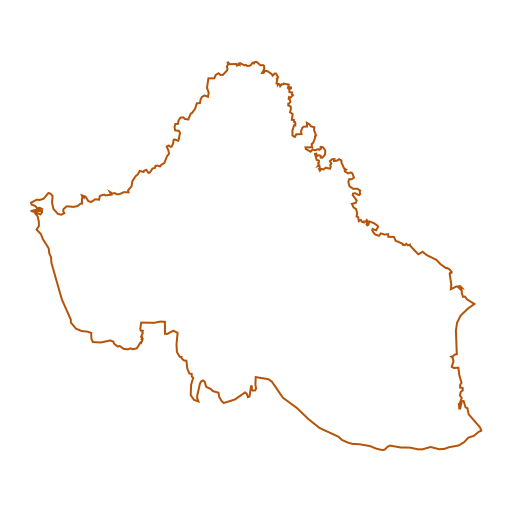 Pabna, Rajshahi, Bangladesh (Robinson projection)
{"feature_id": "16705992B46384724638491", "entity_name": "Pabna", "entity_type": "district", "adm_level": 2, "iso_a3": "BGD", "parent_name": "Bangladesh", "parent_adm1": "Rajshahi", "projection": "robinson", "projection_center": [89.41, 24.081], "detail": "fine", "context": "isolated", "style": "outline", "palette": "amber", "viewbox_px": 512, "rotation_deg": 0, "n_neighbors": 0, "source": "geoboundaries", "source_scale": "gbopen_adm2", "svg_char_len": 5991}
<svg xmlns="http://www.w3.org/2000/svg" viewBox="0 0 512 512"><path d="M249.5,396.5L251.1,386.2L251.8,386.3L251.9,389.7L252.7,390.6L255.1,390.4L256.1,388.5L255.4,384.7L255.7,377.1L268.4,379.2L271.9,381.7L282.9,397.7L296.8,407.9L308.2,418.9L319.4,427.9L338.4,436.7L341.9,439.9L347.9,442.6L352.5,443.9L359.1,444.2L370.1,446.1L376.4,448.7L382.5,450.1L384.9,449.5L387.5,446.8L390.1,445.6L400.9,447.5L410.0,447.6L418.0,449.3L422.4,449.3L430.6,447.0L439.1,449.2L444.3,448.9L449.1,447.2L458.6,445.5L464.1,442.2L468.4,437.6L473.8,435.9L478.6,431.9L481.3,430.7L480.1,427.5L468.7,414.3L467.4,408.1L465.6,407.5L463.6,401.0L461.8,401.2L460.2,408.5L459.3,408.5L458.9,403.9L459.8,403.4L461.7,398.1L459.9,395.4L460.8,391.9L462.8,390.2L462.6,387.9L460.1,387.6L460.2,384.7L461.5,382.9L459.2,374.6L458.4,367.7L453.8,368.0L451.7,366.8L453.5,361.5L452.7,357.9L451.3,356.7L453.1,356.2L454.9,354.5L456.8,354.3L455.9,330.6L457.1,322.6L460.7,315.5L468.1,308.4L474.4,304.0L466.9,299.3L465.0,296.6L463.0,296.8L461.7,292.9L461.8,290.7L459.4,288.3L462.4,288.4L460.1,286.1L456.2,286.6L450.8,289.2L451.3,284.5L449.7,274.0L450.1,272.8L451.4,272.9L451.7,272.1L449.7,269.5L446.9,267.9L446.1,268.2L440.5,264.2L436.5,259.9L426.9,255.2L422.6,251.8L418.3,254.3L410.3,245.9L409.9,244.6L407.9,245.3L406.2,243.8L404.9,245.1L402.8,244.9L402.7,243.7L395.7,240.8L393.9,236.9L388.3,236.8L388.1,234.2L384.6,234.6L380.9,233.4L378.9,235.8L375.0,234.4L372.8,231.6L372.2,230.1L372.6,229.0L376.1,230.3L378.1,226.8L377.6,225.7L373.8,223.1L369.3,221.4L368.4,224.8L367.4,225.3L366.6,224.4L367.3,221.5L366.7,220.1L365.7,221.6L364.0,221.5L363.9,222.4L362.0,221.9L360.8,219.9L358.8,221.1L358.2,217.2L356.6,216.5L357.2,213.1L356.0,209.0L353.5,207.4L351.9,203.9L355.8,202.8L356.7,200.4L352.7,195.2L353.0,193.6L355.1,193.2L359.0,195.1L360.2,194.1L359.7,192.0L360.2,190.7L357.4,188.7L353.2,188.8L349.5,186.3L348.3,181.8L349.3,179.1L351.6,179.3L354.0,177.6L352.3,173.3L350.8,172.4L348.2,173.4L344.9,171.5L344.6,170.3L346.0,169.6L343.9,168.1L341.4,162.4L341.4,160.4L339.1,159.2L337.0,160.6L334.0,161.0L334.4,159.1L332.2,159.2L329.9,161.1L331.3,163.7L330.3,164.9L330.7,166.9L330.0,168.7L325.7,167.7L323.7,169.4L321.4,169.0L319.9,170.8L319.0,168.9L319.8,168.4L319.4,165.6L317.9,166.1L318.7,165.0L318.1,163.1L318.8,162.7L318.9,160.6L316.7,159.9L315.0,153.9L316.3,153.6L316.6,156.1L318.3,155.3L319.9,155.5L320.7,155.9L320.7,157.6L322.4,157.7L325.1,154.4L325.3,150.5L323.0,147.3L321.0,146.8L320.5,147.2L320.9,148.6L319.3,149.8L318.2,149.1L315.0,150.3L312.6,149.5L310.6,151.7L305.9,149.1L305.5,147.4L312.1,147.3L311.6,144.1L313.1,142.9L315.1,137.9L315.0,136.3L316.1,135.6L314.0,130.0L314.3,127.2L310.8,126.3L309.7,124.5L306.8,122.8L307.1,126.5L303.6,126.7L302.2,128.0L301.0,131.7L301.5,134.1L296.3,134.3L294.8,137.0L292.5,135.5L292.4,130.4L294.2,125.2L295.3,125.4L295.4,123.7L295.0,122.1L294.2,122.1L293.9,119.9L291.8,119.8L292.7,114.1L290.0,112.2L290.9,109.1L290.7,106.5L288.2,105.4L288.3,103.7L289.0,103.7L290.4,101.7L289.9,100.0L288.6,98.8L289.1,97.0L290.4,97.7L293.0,95.2L291.8,94.2L292.1,92.5L289.4,92.1L289.3,89.1L291.0,88.4L291.1,87.6L289.6,87.0L288.4,88.4L287.9,88.0L288.7,84.6L283.8,83.6L283.4,84.3L281.8,84.2L280.2,86.2L279.5,84.3L278.4,83.9L277.7,84.9L277.6,83.9L276.5,83.4L277.2,79.7L276.8,78.6L277.9,77.8L277.9,76.9L275.9,73.5L274.7,73.5L272.7,75.7L271.6,74.0L267.5,71.2L265.0,70.8L263.7,72.9L262.1,73.0L264.2,69.1L264.1,65.9L263.0,65.1L260.4,65.3L256.7,61.9L254.8,62.1L254.0,63.2L253.6,62.5L252.5,62.9L250.5,65.4L249.0,65.9L246.7,65.8L245.9,64.8L244.3,65.3L240.0,63.1L239.5,63.4L239.6,64.7L238.5,63.9L238.3,65.2L236.7,65.6L236.2,64.0L229.6,64.2L228.1,62.4L227.6,62.7L228.2,64.2L226.8,66.6L227.5,68.9L227.0,70.5L222.8,74.9L220.6,75.0L218.5,73.3L215.7,75.0L214.3,78.3L208.4,78.4L207.0,87.8L208.7,92.7L208.0,96.8L204.6,95.5L201.9,96.9L200.7,99.2L199.9,103.1L196.8,103.3L195.1,108.8L192.1,112.9L190.7,113.6L188.3,119.5L184.7,118.9L183.4,117.4L180.5,117.6L178.5,120.6L178.0,123.8L175.4,124.0L174.5,127.2L175.2,130.4L178.9,130.8L180.0,133.0L178.7,139.4L178.1,140.8L174.4,139.4L173.5,140.2L173.2,143.2L171.7,146.6L170.6,146.8L168.6,145.5L166.7,146.6L168.5,150.7L169.0,153.9L167.0,156.2L164.3,163.0L161.1,165.0L160.0,166.5L157.7,165.6L155.5,165.9L154.8,168.0L152.4,168.6L149.7,172.7L148.3,172.8L146.3,169.8L144.1,170.7L143.6,172.0L139.7,170.9L137.9,174.3L135.6,176.2L132.4,181.1L131.5,186.4L128.1,190.3L128.6,192.3L123.7,192.2L119.9,194.0L117.3,194.4L114.6,193.1L112.5,193.6L109.8,191.9L111.3,194.7L105.4,195.4L104.3,194.6L100.6,195.6L99.8,196.1L99.0,199.7L95.2,199.3L90.9,202.1L88.1,200.9L85.5,196.6L84.6,196.4L84.2,197.2L83.8,196.1L81.8,195.3L82.6,197.8L81.9,198.8L82.0,203.6L80.5,203.7L77.7,206.0L73.9,206.9L66.8,206.3L63.5,209.1L63.2,211.1L64.3,213.2L61.2,214.7L57.9,213.9L53.4,208.9L52.0,202.4L52.6,196.0L50.5,193.7L48.4,193.0L43.6,198.7L39.7,200.0L36.8,199.7L31.0,202.7L31.6,204.5L35.4,206.1L37.2,208.4L39.7,207.8L41.4,208.7L30.7,211.0L34.2,211.7L42.0,210.8L42.0,212.4L40.4,214.4L34.4,212.3L37.7,216.5L38.8,221.4L38.9,226.0L36.6,229.6L40.9,234.1L43.0,239.3L48.7,248.4L49.3,253.4L51.1,257.5L51.4,262.8L61.9,299.6L70.8,319.6L70.9,322.6L76.0,328.7L81.7,331.1L87.2,331.6L91.2,332.9L91.4,338.7L92.8,342.1L100.7,342.5L110.2,340.5L113.3,341.6L114.1,343.7L117.7,346.6L119.7,346.0L123.7,348.9L128.1,349.3L130.8,348.3L132.6,349.3L136.8,348.3L140.4,342.6L141.1,343.0L142.4,340.2L142.6,339.0L141.7,339.0L142.2,337.2L141.1,336.8L142.8,333.1L142.3,332.0L142.8,330.8L140.8,330.6L140.3,328.9L141.2,322.6L154.3,322.8L160.3,321.6L164.9,321.8L165.0,333.8L167.3,333.9L173.4,330.7L177.6,332.9L176.5,344.4L176.9,352.0L179.7,356.8L181.5,356.9L181.7,358.4L184.0,360.5L186.4,360.7L187.3,368.5L188.6,371.8L189.5,373.6L191.7,373.9L191.8,376.6L193.2,377.8L191.1,384.8L190.7,395.1L194.0,399.9L198.4,401.4L197.2,398.3L197.2,395.9L199.9,383.8L200.9,381.7L203.0,380.4L204.7,381.7L206.2,386.8L210.9,389.1L213.0,391.2L218.5,392.7L219.1,396.7L221.5,400.9L223.7,403.0L234.9,399.5L245.1,392.4L246.9,393.9L247.9,397.1L249.5,396.5Z" fill="none" stroke="#b45309" stroke-width="2"/></svg>